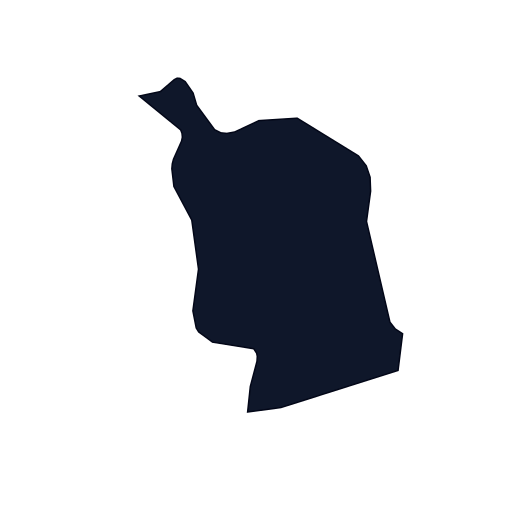 map outline of Westminster (orthographic projection), rotated 29°
{"feature_id": "GBR-2080", "entity_name": "Westminster", "entity_type": "London Borough (city)", "adm_level": 1, "iso_a3": "GBR", "parent_name": "United Kingdom", "parent_adm1": "", "projection": "orthographic", "projection_center": [-0.168, 51.508], "detail": "fine", "context": "isolated", "style": "filled", "palette": "ink", "viewbox_px": 512, "rotation_deg": 29, "n_neighbors": 0, "source": "natural_earth", "source_scale": "10m", "svg_char_len": 731}
<svg xmlns="http://www.w3.org/2000/svg" viewBox="0 0 512 512"><g transform="rotate(29 256 256)"><path d="M378.6,347.6L351.2,376.5L324.3,396.5L314.3,372.9L307.9,347.6L305.8,343.2L303.7,340.7L299.0,338.2L259.7,352.4L242.7,350.2L238.6,347.9L227.4,334.6L212.1,295.4L182.4,255.7L150.5,235.0L140.1,220.5L138.1,216.0L136.9,211.3L135.2,191.6L134.0,187.8L131.8,184.6L129.0,182.2L76.3,172.7L92.6,158.6L99.0,141.4L100.8,138.7L103.4,137.5L109.5,137.8L122.0,144.0L131.0,152.9L158.6,165.6L165.6,165.3L171.1,162.9L177.3,157.8L192.9,136.2L225.2,115.5L297.1,118.8L308.7,123.7L317.6,131.8L324.8,143.7L335.9,172.2L405.2,248.9L413.2,252.3L421.9,252.9L435.7,287.2L379.3,346.8L378.6,347.6Z" fill="#0f172a" stroke="#020617" stroke-width="1.5"/></g></svg>